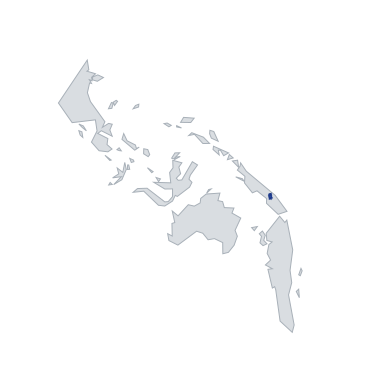 Ciamis, Jawa Barat, Indonesia shown in context, rotated 213°
{"feature_id": "22746128B17121530580660", "entity_name": "Ciamis", "entity_type": "district", "adm_level": 2, "iso_a3": "IDN", "parent_name": "Indonesia", "parent_adm1": "Jawa Barat", "projection": "robinson", "projection_center": [108.425, -7.311], "detail": "fine", "context": "in_parent", "style": "filled", "palette": "blue", "viewbox_px": 384, "rotation_deg": 213, "n_neighbors": 0, "source": "geoboundaries", "source_scale": "gbopen_adm2", "svg_char_len": 5256}
<svg xmlns="http://www.w3.org/2000/svg" viewBox="0 0 384 384"><g transform="rotate(213 192 192)"><path d="M132.5,157.0L138.7,166.3L147.8,165.1L152.5,160.7L160.5,163.3L166.8,161.6L174.9,139.8L184.9,138.7L189.7,143.8L184.6,144.3L191.7,154.7L189.8,157.0L198.2,165.3L190.7,164.4L188.2,179.3L182.4,181.4L179.2,187.3L181.2,191.4L179.0,198.0L168.0,206.3L165.6,198.9L161.1,200.6L156.4,196.5L148.1,201.4L147.0,196.1L136.9,196.7L135.0,183.3L129.9,179.6L127.7,170.3L128.6,161.2L132.5,157.0ZM31.5,128.9L47.8,131.7L68.6,155.7L71.1,157.6L72.3,155.2L86.2,168.5L82.8,171.4L90.7,170.8L89.0,177.7L95.5,181.4L98.9,189.8L97.6,193.8L102.8,192.1L107.3,197.8L105.3,219.4L97.5,217.0L97.2,220.1L76.0,198.3L67.1,179.7L59.0,170.3L55.0,158.3L33.9,136.1L31.5,128.9ZM352.5,193.9L351.7,245.6L345.1,238.3L345.9,236.1L337.3,238.6L338.7,233.5L336.4,230.8L337.2,230.4L338.6,230.6L339.4,230.3L335.4,228.3L337.3,227.7L333.8,218.3L326.4,212.5L303.3,203.5L302.4,197.4L299.3,204.1L295.8,205.4L294.7,199.3L289.3,195.3L301.4,194.0L303.0,189.8L291.7,191.0L289.1,185.5L282.5,184.5L284.4,179.9L292.4,176.0L303.5,179.1L304.9,191.5L312.3,199.9L330.3,184.9L352.5,193.9ZM239.6,165.2L231.7,170.7L209.4,168.9L206.7,171.0L205.8,177.5L210.0,184.0L216.4,179.7L229.4,179.3L214.8,188.1L221.4,196.2L221.1,201.9L225.4,208.1L216.4,211.0L216.6,205.7L211.5,201.1L212.7,195.0L209.9,194.3L207.1,196.6L208.2,217.6L202.1,217.7L202.6,205.2L201.5,201.1L197.3,200.1L196.7,194.8L201.9,180.3L204.2,180.0L203.4,173.8L207.2,165.4L212.9,162.6L232.9,166.4L241.2,159.7L239.6,165.2ZM107.6,220.2L123.4,223.1L125.8,227.1L138.1,228.4L140.9,224.2L152.9,228.2L156.2,234.0L165.9,235.1L165.8,240.0L167.1,242.9L157.8,239.0L120.5,234.5L101.8,227.5L107.6,220.2ZM259.6,166.4L266.3,160.6L263.3,167.3L267.8,171.4L260.7,170.8L264.5,180.2L259.4,175.1L257.5,164.1L261.7,155.6L259.6,166.4ZM262.8,195.9L279.4,198.0L281.1,203.8L274.3,199.6L265.0,200.6L262.3,198.2L260.7,200.9L262.8,195.9ZM224.5,241.6L212.3,244.2L203.7,242.3L209.3,238.6L221.3,241.7L225.5,237.6L224.5,241.6ZM189.4,237.9L197.5,239.1L198.9,242.1L182.6,244.7L185.2,239.7L190.8,242.5L192.7,241.4L189.4,237.9ZM239.5,244.2L239.7,250.0L230.4,255.1L230.9,249.6L239.5,244.2ZM107.3,186.4L109.6,192.7L112.8,193.6L111.7,197.6L107.0,195.6L105.5,190.5L100.9,189.4L103.2,185.7L107.3,186.4ZM334.8,238.9L328.6,239.8L331.7,233.3L336.5,231.9L338.0,234.3L334.8,238.9ZM205.1,247.7L208.9,250.4L210.6,253.5L206.7,254.6L197.7,248.8L205.1,247.7ZM253.4,197.7L256.0,202.0L252.2,203.5L247.8,200.3L248.0,197.8L253.4,197.7ZM166.3,238.1L175.0,240.0L171.1,243.5L166.3,238.1ZM179.9,238.4L181.1,243.8L176.0,243.0L179.9,238.4ZM122.6,194.6L118.4,198.6L118.7,193.5L122.6,194.6ZM307.4,216.3L308.3,223.2L306.4,223.5L304.8,218.5L307.4,216.3ZM163.6,228.5L157.0,230.6L154.2,229.4L163.6,228.5ZM227.5,209.3L227.6,215.5L223.7,218.2L225.3,209.9L227.5,209.3ZM44.4,161.8L50.4,165.4L49.6,168.6L44.4,161.8ZM59.0,187.3L56.7,185.9L55.6,180.8L57.4,180.7L59.0,187.3ZM284.4,236.7L283.1,234.2L286.7,229.7L286.5,233.8L284.4,236.7ZM278.1,173.7L285.0,175.4L277.2,174.8L278.1,173.7ZM236.3,186.3L242.6,188.1L235.7,187.9L236.3,186.3ZM224.6,212.4L221.2,215.4L224.2,209.9L224.6,212.4ZM313.3,178.3L316.9,178.9L320.3,181.8L317.1,182.5L313.3,178.3ZM252.7,234.1L250.4,236.3L245.7,236.6L246.9,234.1L252.7,234.1ZM307.0,224.4L305.5,227.6L303.8,227.5L304.1,222.4L307.0,224.4ZM262.5,186.3L258.4,186.9L257.2,185.8L259.0,183.7L262.5,186.3ZM313.9,185.8L319.0,186.3L323.9,187.4L319.2,188.2L313.9,185.8ZM225.7,182.5L230.0,184.6L225.6,185.8L225.7,182.5ZM265.8,155.4L263.0,154.9L265.7,152.5L265.8,155.4ZM235.7,240.0L240.4,238.2L241.0,239.3L235.7,240.0ZM278.0,186.6L277.2,189.4L273.7,188.0L275.5,187.1L278.0,186.6ZM179.4,203.1L177.6,205.0L179.1,199.0L179.4,203.1ZM258.5,175.7L260.7,179.6L259.8,180.2L256.6,177.1L258.5,175.7Z" fill="#d9dde1" stroke="#a8b0b8" stroke-width="1"/><path d="M123.8,229.4L123.7,229.4L123.6,229.2L123.5,229.3L123.4,229.3L123.3,229.2L123.3,229.3L123.3,229.2L123.2,229.3L123.0,229.2L123.0,229.3L122.9,229.3L122.7,229.3L122.7,229.2L122.6,229.3L122.6,229.2L122.5,229.3L122.4,229.3L122.5,229.4L122.5,229.5L122.6,229.4L122.6,229.5L122.6,229.8L122.5,230.0L122.4,230.1L122.4,230.3L122.5,230.3L122.4,230.4L122.5,230.4L122.4,230.5L122.5,230.5L122.4,230.5L122.5,230.6L122.4,230.6L122.4,230.8L122.4,231.0L122.5,231.1L122.8,231.3L123.0,231.3L123.1,231.5L123.1,231.4L123.1,231.5L123.1,231.4L123.2,231.5L123.2,231.4L123.3,231.5L123.5,231.6L123.8,231.6L124.0,231.8L123.9,231.9L123.8,232.1L124.0,232.1L124.0,232.3L124.1,232.6L124.1,232.8L124.3,232.8L124.4,233.0L124.5,233.0L124.8,233.0L124.7,233.1L124.8,233.3L124.9,233.2L125.0,233.2L125.1,233.3L125.2,233.2L125.2,233.3L125.3,233.2L125.5,233.1L125.7,232.7L125.7,232.4L125.8,232.5L125.9,232.4L125.9,232.5L126.0,232.5L126.1,232.4L126.1,232.2L125.9,232.0L125.9,231.9L125.9,231.7L125.7,231.6L125.6,231.9L125.4,231.9L125.4,232.0L125.3,231.9L125.2,231.9L125.2,232.0L125.1,232.3L125.0,232.2L124.9,232.1L124.7,232.0L124.5,231.9L124.4,231.9L124.3,231.7L124.5,231.6L124.8,231.6L125.0,231.4L124.9,231.4L125.0,231.4L125.0,231.2L125.1,230.9L125.2,230.7L125.1,230.4L124.9,230.3L124.8,230.2L124.7,230.2L124.8,230.2L124.7,230.1L124.7,229.9L124.4,229.8L124.4,229.7L124.4,229.8L124.4,229.7L124.4,229.8L124.3,229.7L124.2,229.7L123.9,229.5L123.9,229.4L123.8,229.4Z" fill="#3b82f6" stroke="#1e3a8a" stroke-width="1.5"/></g></svg>